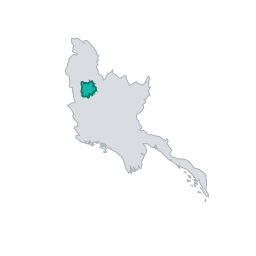 Katha, Sagaing, Myanmar shown in context, rotated 323°
{"feature_id": "60261553B54197947879165", "entity_name": "Katha", "entity_type": "district", "adm_level": 2, "iso_a3": "MMR", "parent_name": "Myanmar", "parent_adm1": "Sagaing", "projection": "albers", "projection_center": [95.892, 24.22], "detail": "fine", "context": "in_parent", "style": "filled", "palette": "teal", "viewbox_px": 256, "rotation_deg": 323, "n_neighbors": 0, "source": "geoboundaries", "source_scale": "gbopen_adm2", "svg_char_len": 7219}
<svg xmlns="http://www.w3.org/2000/svg" viewBox="0 0 256 256"><g transform="rotate(323 128 128)"><path d="M165.1,115.4L162.6,114.3L160.8,115.4L158.0,115.1L158.4,117.5L156.8,118.3L154.0,118.2L152.4,121.9L146.5,123.0L142.7,122.4L140.6,125.7L140.5,129.4L139.5,131.7L140.0,135.6L137.5,136.6L135.9,136.4L136.8,138.2L138.8,139.0L140.0,143.0L139.7,144.5L147.8,153.7L150.4,160.9L152.3,159.9L152.9,160.6L152.2,162.6L149.7,164.1L149.5,171.8L145.4,173.7L145.6,176.3L146.1,178.1L149.8,183.1L154.0,186.5L156.3,190.2L156.9,195.6L156.4,197.9L157.5,201.1L159.7,203.2L162.3,211.7L157.6,219.4L152.8,224.4L152.2,229.6L150.7,231.4L149.9,229.8L149.4,224.3L151.7,220.8L152.4,214.1L153.9,212.6L153.0,212.0L151.1,212.4L151.7,207.0L150.6,206.8L151.5,205.6L150.1,196.6L146.3,190.2L145.8,187.5L145.2,191.2L144.8,190.5L144.6,185.5L142.4,180.0L142.6,179.5L143.6,180.0L142.7,178.7L141.9,179.0L141.3,177.7L140.0,166.2L138.6,164.6L139.1,159.7L140.1,158.4L136.2,159.0L134.4,154.8L134.2,152.5L130.4,149.1L131.0,150.2L130.4,151.4L131.0,153.3L129.5,156.9L127.9,158.6L125.8,159.3L124.2,158.2L123.8,156.3L123.1,156.3L124.6,160.0L118.5,163.1L117.5,165.2L114.3,168.1L113.3,167.7L113.9,163.9L112.0,166.9L109.4,167.0L108.8,162.9L107.8,165.3L106.3,166.0L106.8,159.1L106.3,161.1L103.9,163.8L101.4,164.7L102.0,159.0L105.3,150.1L105.6,147.2L104.0,140.0L101.2,134.0L102.0,133.9L100.2,132.1L100.0,127.7L98.8,129.2L98.6,132.0L96.2,130.6L94.0,126.6L94.9,126.3L97.6,128.2L99.1,127.2L99.5,125.9L95.4,122.0L96.4,120.5L95.1,120.5L91.6,118.6L90.5,118.9L91.0,120.6L90.2,121.0L88.9,118.5L89.9,117.3L89.1,117.3L89.7,115.1L89.3,114.8L87.6,117.6L86.7,116.9L87.8,115.5L87.4,114.6L85.9,112.9L86.0,116.0L82.4,111.1L80.4,104.5L82.1,102.9L84.9,104.8L84.8,96.8L86.1,95.1L89.0,96.6L89.8,94.6L91.0,94.1L90.3,88.5L91.3,84.9L93.2,84.4L93.7,81.5L94.0,77.6L93.2,73.2L94.9,74.3L96.9,73.9L101.5,75.5L103.3,70.4L107.7,62.2L106.1,60.3L106.4,59.1L110.2,54.8L112.1,50.9L111.3,47.4L112.1,44.6L115.5,42.8L122.9,37.1L128.4,36.3L130.6,38.5L132.2,38.7L129.8,33.3L134.4,29.3L134.3,26.1L136.4,22.8L137.6,22.9L138.7,24.5L139.9,24.5L142.1,26.9L144.2,33.6L145.7,32.3L147.8,33.3L148.9,43.2L148.4,49.0L147.2,50.3L148.2,52.7L146.3,53.6L145.0,55.9L143.0,56.1L141.7,59.3L139.7,59.8L138.7,62.3L138.9,64.2L137.4,65.3L136.9,68.5L138.3,69.8L138.7,71.5L137.3,75.1L138.5,75.2L144.0,72.7L147.8,73.1L150.5,72.5L148.9,75.0L150.5,78.1L151.0,83.1L156.8,84.3L157.8,85.6L156.5,87.1L154.7,95.1L162.4,96.0L162.7,99.1L164.4,100.2L164.7,101.8L165.7,102.4L169.8,102.1L172.2,100.0L175.3,98.9L175.6,100.7L174.9,102.0L171.5,103.9L169.3,107.6L169.2,108.4L170.3,109.1L166.3,110.7L165.1,115.4ZM96.4,124.5L98.9,126.0L98.4,127.1L96.8,127.2L95.7,125.2L96.4,124.5ZM147.3,202.0L149.0,204.3L147.3,205.9L147.3,202.0ZM96.0,134.4L94.7,133.6L93.9,132.3L96.6,132.4L96.0,134.4ZM149.8,211.7L149.9,214.7L148.9,214.4L148.2,211.9L149.8,211.7ZM105.2,164.7L103.5,166.6L103.3,165.0L105.6,162.6L105.2,164.7ZM138.4,162.0L137.4,161.4L137.2,159.7L138.0,159.2L138.7,160.0L138.4,162.0ZM146.5,215.4L146.2,214.4L147.3,212.0L147.1,214.1L146.5,215.4ZM145.9,221.0L147.4,223.2L147.2,223.6L145.8,221.9L145.0,222.0L145.9,221.0ZM150.8,210.0L149.3,210.7L149.1,208.6L150.8,210.0ZM147.5,231.3L145.6,233.2L145.8,232.1L147.5,231.3ZM88.4,118.8L89.1,121.3L88.0,118.4L88.4,118.8ZM147.2,197.3L147.2,199.2L146.6,196.2L147.2,197.3ZM94.1,120.7L94.3,122.3L93.3,120.0L94.1,120.7ZM145.4,208.0L144.2,207.1L144.6,206.4L145.2,206.5L145.4,208.0ZM144.5,205.3L143.8,206.5L143.1,205.8L143.7,205.3L144.5,205.3ZM144.8,212.6L144.9,213.7L144.0,211.2L144.8,212.6ZM107.8,167.0L107.1,166.9L108.1,165.7L108.2,166.1L107.8,167.0ZM150.2,221.1L149.5,220.9L150.0,219.7L150.2,221.1Z" fill="#d9dde1" stroke="#a8b0b8" stroke-width="1"/><path d="M126.7,68.7L126.4,68.5L126.2,68.6L126.0,68.3L125.6,68.3L125.6,68.1L125.5,67.9L125.5,68.0L125.4,68.0L125.4,67.9L125.2,68.2L124.9,68.2L124.9,68.3L124.5,68.3L124.4,68.4L124.2,68.4L123.8,68.2L123.7,68.3L123.3,68.4L123.3,68.5L123.1,68.7L122.9,68.7L123.0,68.3L123.0,68.2L123.1,67.9L123.0,68.0L122.8,68.2L122.6,68.0L122.5,67.9L122.2,67.7L122.0,67.4L121.9,67.3L122.1,67.2L121.9,66.8L121.7,66.8L121.9,66.6L121.7,66.5L121.6,66.3L121.6,66.5L121.4,66.4L121.3,66.6L121.0,66.5L120.9,66.6L120.7,66.5L120.6,66.4L120.5,66.0L120.4,66.1L120.1,66.2L120.0,65.9L120.1,65.7L119.9,65.4L119.8,65.1L119.8,64.9L119.6,64.8L119.8,64.1L119.6,64.0L119.6,63.9L119.4,63.7L119.2,63.5L119.2,63.4L118.7,63.4L118.7,63.6L118.4,63.6L118.2,63.7L117.9,63.8L117.7,63.9L117.6,64.0L117.3,64.5L117.0,65.1L116.9,65.3L116.8,65.8L116.8,66.0L116.5,66.4L116.4,66.8L116.3,67.0L116.2,67.4L116.1,67.5L115.9,67.8L115.6,67.8L115.6,67.7L115.4,67.8L115.2,68.0L114.7,68.7L114.6,69.0L114.4,69.3L114.4,69.5L114.2,69.6L113.8,69.7L113.8,69.8L113.7,69.9L113.3,70.1L113.2,70.2L112.7,70.6L112.6,71.0L112.4,71.2L112.2,71.7L112.2,72.4L112.3,72.4L112.4,72.5L112.5,72.5L111.9,73.2L111.7,73.1L111.6,73.3L111.5,73.5L111.4,73.8L111.3,74.0L111.2,74.0L110.9,74.2L110.8,74.3L110.7,74.6L110.8,74.7L110.8,74.8L111.0,75.0L110.8,75.7L110.8,75.8L111.0,75.9L111.2,76.1L111.3,75.9L111.4,76.0L111.4,75.9L111.5,75.8L111.6,75.6L111.7,75.9L111.6,76.2L111.6,76.5L111.8,76.7L112.0,76.6L112.2,76.8L112.4,76.7L112.5,76.8L112.7,77.0L112.8,77.1L113.1,77.2L113.1,77.3L113.1,77.2L113.3,77.2L113.3,77.3L113.5,77.4L113.5,77.5L113.6,77.8L113.8,77.8L113.9,78.0L114.0,78.2L114.4,78.3L114.1,78.4L114.1,78.5L114.3,78.5L114.3,78.9L114.2,78.9L114.2,79.2L114.4,79.2L114.7,79.3L114.7,79.2L114.8,79.2L114.9,79.3L114.5,79.6L114.3,79.6L114.2,79.8L114.3,79.9L114.3,80.0L114.6,80.1L114.8,79.9L114.9,80.0L115.1,80.0L115.2,79.8L115.3,79.8L115.7,79.7L115.9,79.7L116.0,79.6L116.0,79.3L116.3,79.0L116.7,79.0L117.0,78.6L116.9,78.6L117.0,78.4L116.9,78.4L117.0,78.2L116.9,78.2L116.7,78.1L116.6,77.9L116.8,77.8L117.0,77.8L117.2,77.7L117.3,77.7L117.3,77.4L117.4,77.5L117.5,77.5L117.7,77.4L117.8,77.3L118.0,77.3L118.0,77.6L118.1,78.0L118.1,78.3L118.4,78.5L118.5,78.6L118.5,78.8L118.5,79.1L118.5,79.5L118.8,79.7L118.8,79.8L118.9,79.7L119.0,79.8L119.0,79.7L119.1,79.8L119.2,79.7L119.3,79.6L119.3,79.4L119.6,79.3L119.8,79.4L119.8,79.5L119.9,79.4L119.9,79.5L120.0,79.4L120.0,79.5L120.1,79.4L120.4,79.4L120.5,79.4L120.7,79.5L121.0,79.7L121.1,79.8L121.1,79.4L121.4,78.6L121.5,78.5L121.9,78.5L121.9,78.3L122.0,78.3L122.0,78.2L121.8,78.1L122.0,77.9L122.4,77.8L122.4,78.0L122.3,78.3L122.5,78.5L122.4,78.9L122.5,79.1L122.6,78.9L122.8,78.8L123.0,78.8L123.2,78.7L123.3,78.8L123.2,78.9L123.3,78.9L123.4,79.0L123.6,79.0L123.7,78.8L123.7,78.7L123.8,78.6L123.9,78.4L124.0,78.5L124.1,78.4L124.3,78.3L124.5,78.3L124.7,78.5L124.8,78.6L124.9,78.9L125.1,79.1L125.1,78.9L125.4,78.6L125.4,78.4L125.6,78.3L125.5,77.9L125.6,77.7L125.9,77.3L126.1,77.3L126.3,77.1L126.6,76.3L126.6,76.2L126.8,76.2L126.8,75.8L126.7,75.6L126.5,75.2L126.3,74.7L126.3,74.3L126.3,74.1L125.9,74.0L125.6,74.1L125.3,74.1L125.1,73.9L125.2,73.7L125.3,73.5L125.4,73.4L125.6,73.2L126.1,72.9L126.3,73.0L126.6,72.7L126.8,72.4L127.0,72.4L127.5,72.5L127.7,72.4L127.9,72.4L127.8,72.2L127.6,72.0L127.4,72.0L127.4,71.9L127.0,71.6L126.9,71.5L126.9,71.4L127.0,71.3L127.1,71.2L127.2,70.9L127.3,70.6L127.0,70.6L126.9,70.5L126.8,70.2L127.0,70.0L127.0,69.7L127.3,69.7L127.6,69.6L127.7,69.4L127.7,69.2L127.5,69.3L127.5,69.2L127.3,68.9L127.2,68.8L127.1,68.7L127.0,68.8L126.9,68.8L126.7,68.7Z" fill="#14b8a6" stroke="#0f766e" stroke-width="1.5"/></g></svg>